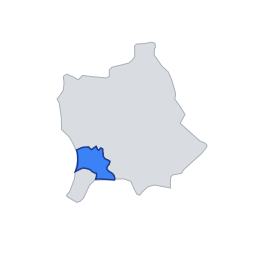 where Prizren sits in Kosovo, rotated 23°
{"feature_id": "KOS-5908", "entity_name": "Prizren", "entity_type": "District", "adm_level": 1, "iso_a3": "XKX", "parent_name": "Kosovo", "parent_adm1": "", "projection": "orthographic", "projection_center": [20.721, 42.201], "detail": "fine", "context": "in_parent", "style": "filled", "palette": "blue", "viewbox_px": 256, "rotation_deg": 23, "n_neighbors": 0, "source": "natural_earth", "source_scale": "10m", "svg_char_len": 1595}
<svg xmlns="http://www.w3.org/2000/svg" viewBox="0 0 256 256"><g transform="rotate(23 128 128)"><path d="M77.5,93.9L89.0,90.2L90.6,87.5L88.0,81.8L89.6,78.2L103.3,68.0L105.6,63.4L106.4,59.7L104.6,55.9L102.0,49.9L103.2,47.3L110.3,43.8L116.1,39.8L119.5,39.5L121.6,42.4L121.7,45.4L123.5,50.5L127.8,53.2L134.9,57.7L143.1,60.7L149.6,66.8L158.4,77.7L159.8,83.1L167.7,87.9L175.2,93.3L174.1,103.3L199.3,111.9L205.0,111.8L207.7,113.3L207.6,115.6L205.7,122.7L195.6,144.4L194.8,149.0L187.5,153.7L186.5,156.5L188.6,162.4L190.6,166.6L190.4,166.6L174.5,170.2L169.2,174.4L166.0,181.6L165.0,185.3L162.2,185.5L157.5,181.8L151.5,176.0L143.8,176.5L117.6,189.2L115.0,195.8L114.4,210.2L112.6,214.1L109.8,216.5L98.9,215.0L97.7,214.0L99.2,208.5L98.6,196.5L93.7,176.5L90.3,170.0L83.1,163.5L77.5,159.2L67.5,155.4L62.5,144.4L55.0,131.9L51.3,129.0L51.9,127.8L53.7,118.5L51.6,111.6L48.3,105.8L50.6,102.3L57.6,102.4L63.4,103.0L65.5,97.5L77.5,93.9Z" fill="#d9dde1" stroke="#a8b0b8" stroke-width="1"/><path d="M96.5,188.8L96.4,184.8L96.2,182.6L95.2,179.2L91.7,171.5L89.9,169.1L89.2,168.3L93.0,164.3L95.0,162.8L99.2,160.8L101.3,161.8L102.9,162.1L104.4,159.5L105.8,157.3L107.0,158.2L108.0,159.5L109.6,159.9L110.8,156.9L113.0,157.3L114.2,159.9L115.4,161.5L115.8,163.4L118.7,165.3L122.0,165.3L124.4,165.7L124.8,168.9L124.2,170.4L124.0,172.5L124.9,174.4L127.7,175.4L130.3,175.7L132.0,176.2L133.8,177.3L135.5,179.4L135.9,181.1L129.3,183.4L120.6,186.4L118.2,187.8L117.8,184.4L116.6,182.1L114.6,182.4L112.0,182.1L109.1,181.1L105.6,181.5L102.2,182.4L99.3,185.3L96.5,188.8Z" fill="#3b82f6" stroke="#1e3a8a" stroke-width="1.5"/></g></svg>